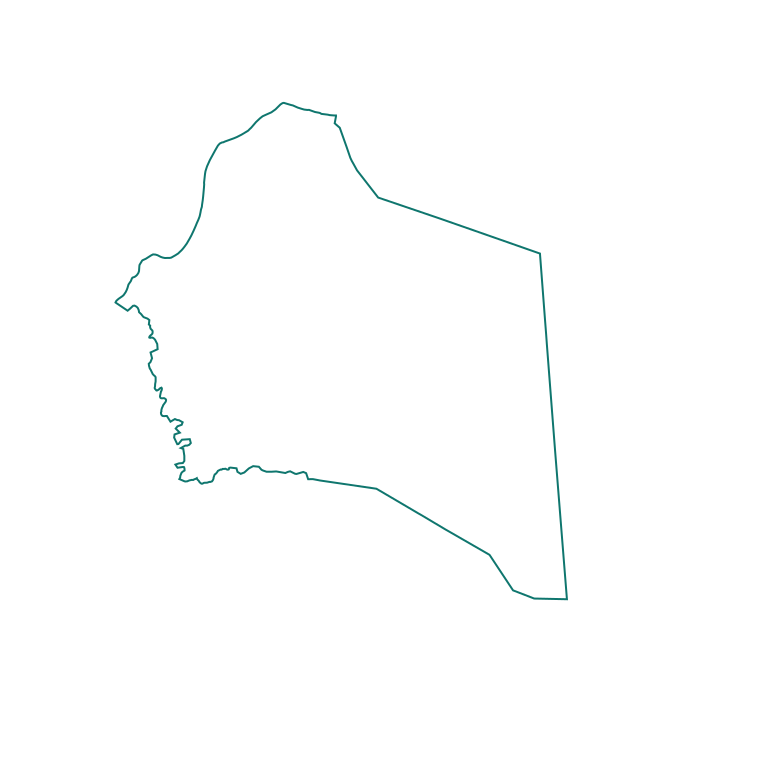 North-East, Guadalcanal, Solomon Islands (orthographic projection), rotated 306°
{"feature_id": "97153195B83197530845720", "entity_name": "North-East", "entity_type": "district", "adm_level": 2, "iso_a3": "SLB", "parent_name": "Solomon Islands", "parent_adm1": "Guadalcanal", "projection": "orthographic", "projection_center": [160.275, -9.538], "detail": "fine", "context": "isolated", "style": "outline", "palette": "teal", "viewbox_px": 768, "rotation_deg": 306, "n_neighbors": 0, "source": "geoboundaries", "source_scale": "gbopen_adm2", "svg_char_len": 4162}
<svg xmlns="http://www.w3.org/2000/svg" viewBox="0 0 768 768"><g transform="rotate(306 384 384)"><path d="M573.0,187.3L572.0,185.9L570.5,183.5L569.6,182.0L568.9,180.3L566.3,175.6L566.0,175.2L565.7,174.3L565.6,172.9L565.3,172.1L563.5,168.3L561.7,162.2L560.7,161.0L559.1,158.1L558.3,155.9L556.9,151.7L555.8,146.5L555.1,144.9L552.6,137.8L552.0,137.1L550.9,136.5L549.2,135.9L542.4,134.8L537.6,133.2L533.1,130.6L531.0,129.4L529.2,128.4L526.0,127.5L520.7,126.5L513.2,125.9L511.3,125.5L509.1,125.2L502.0,122.2L497.3,119.8L494.5,118.1L486.4,112.6L485.2,112.0L484.1,110.9L482.0,109.8L479.3,109.5L473.6,110.1L462.8,111.5L456.1,112.9L452.7,114.0L451.2,114.5L448.8,115.7L441.1,120.1L439.8,121.2L437.4,122.7L429.7,127.3L426.0,129.4L421.6,131.7L420.3,132.5L417.6,133.4L414.9,134.7L412.7,135.7L411.0,136.4L407.6,137.3L404.2,138.0L401.0,138.8L395.9,139.9L391.1,140.8L387.5,141.3L381.7,141.9L377.9,141.9L375.3,141.8L373.2,141.6L370.0,141.0L368.7,140.8L365.6,139.6L361.2,137.6L360.1,136.6L357.1,132.6L356.2,130.6L355.6,128.6L355.1,125.2L354.4,123.1L353.1,121.0L351.4,120.1L348.1,118.8L345.3,117.7L342.3,116.0L341.7,115.8L336.8,116.2L335.9,116.6L331.4,119.4L329.5,120.0L327.3,120.1L325.9,119.9L324.1,119.3L322.2,118.0L321.2,118.0L318.5,118.7L314.3,118.8L311.0,120.0L308.8,120.6L306.5,121.0L303.1,121.1L301.5,120.8L296.9,119.2L294.1,118.6L292.9,118.7L292.1,118.9L292.6,133.5L295.8,134.3L299.7,135.0L300.8,136.1L301.1,138.3L300.8,140.1L299.7,142.0L298.1,143.7L297.8,146.4L296.9,149.6L296.9,150.6L297.9,154.3L297.8,156.6L293.9,158.8L293.9,159.8L293.7,160.6L292.8,161.1L292.0,162.0L291.5,162.8L291.1,165.2L290.4,166.0L289.2,166.8L288.5,167.0L287.4,166.9L286.0,166.5L284.8,166.4L283.8,166.6L283.6,166.9L283.9,167.7L285.1,168.8L285.4,169.4L285.6,170.5L285.5,171.6L285.2,172.9L284.0,175.2L283.1,177.0L279.1,180.4L272.3,176.6L268.5,181.2L264.4,182.2L262.1,181.8L260.5,183.3L259.6,184.5L259.0,185.2L258.7,185.9L258.4,186.8L257.9,187.7L256.7,190.0L256.2,190.8L255.8,192.6L255.7,194.1L255.3,195.2L253.7,196.4L251.7,197.8L249.4,198.9L247.6,200.1L246.0,200.8L245.5,201.5L245.2,203.0L245.0,203.4L245.2,204.1L246.9,205.0L248.2,205.2L249.1,205.4L250.2,206.1L250.0,206.7L249.5,207.2L247.9,207.9L246.8,208.0L243.4,209.5L242.5,209.9L241.9,210.4L241.4,211.4L241.5,212.1L242.0,212.9L243.2,214.3L243.4,214.9L243.4,216.4L243.0,217.1L242.0,217.6L241.2,217.8L239.4,217.8L238.4,217.8L237.1,217.8L236.0,218.1L234.0,218.5L232.6,219.0L231.6,219.5L230.9,220.1L230.0,220.2L229.2,220.8L228.5,221.6L228.0,222.8L228.1,223.9L228.9,225.2L229.9,226.3L230.5,227.2L228.0,233.4L232.7,235.4L233.3,237.9L234.2,239.4L234.7,243.6L232.1,244.3L228.4,241.8L225.5,241.7L224.6,247.4L220.1,244.2L217.3,245.7L213.8,252.1L214.6,253.0L220.2,253.3L225.2,259.3L222.7,262.4L220.4,262.2L218.6,261.1L217.3,259.4L212.8,257.3L213.5,259.8L208.5,264.7L204.4,267.7L201.8,267.7L199.3,264.8L196.2,262.6L194.9,266.2L198.8,270.2L199.2,271.2L198.1,272.5L196.8,273.5L194.6,272.6L193.0,272.4L191.1,272.9L190.0,273.2L188.4,274.1L186.8,274.3L188.0,279.7L188.3,280.5L189.6,282.0L191.6,283.2L193.6,285.0L193.7,285.3L194.4,286.2L195.2,286.4L196.6,287.4L197.8,287.9L197.4,288.4L197.0,289.4L196.8,291.0L196.2,292.4L196.0,294.0L196.1,294.9L196.3,295.3L196.8,295.8L197.6,296.1L198.4,296.6L200.2,298.9L202.2,300.3L202.7,301.1L204.2,302.1L206.1,302.0L207.4,301.6L208.0,301.2L209.5,300.7L211.3,300.2L212.2,300.6L213.5,300.8L215.1,300.8L216.1,300.7L218.8,302.1L219.3,303.0L220.4,303.3L221.5,304.8L222.2,305.4L222.3,305.8L222.5,307.1L222.7,307.6L223.4,308.5L224.3,308.5L224.7,308.2L225.2,308.1L226.1,308.9L229.1,314.2L226.8,317.1L227.1,320.9L230.3,323.0L236.3,324.3L240.6,326.4L243.5,331.4L242.6,335.3L242.9,337.0L244.0,340.6L247.1,344.8L249.9,348.2L254.0,356.5L256.4,357.9L258.2,359.4L259.1,364.8L259.8,366.1L265.4,370.4L266.1,373.4L262.4,378.6L265.2,382.3L267.9,388.0L268.2,388.7L294.8,439.4L299.5,487.8L299.8,490.3L302.4,518.8L307.8,569.6L307.7,570.1L292.9,609.7L298.7,631.6L317.4,658.5L431.2,561.1L490.6,510.5L512.1,492.2L519.7,485.8L530.6,476.5L581.2,433.5L567.7,388.5L550.5,331.3L531.4,269.7L541.0,236.6L544.1,230.0L545.6,226.7L547.2,223.8L554.0,214.1L565.3,197.6L565.9,190.9L572.4,187.8L573.0,187.3Z" fill="none" stroke="#0f766e" stroke-width="2"/></g></svg>